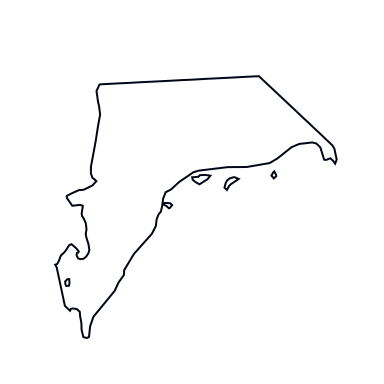 United Arab Emirates, Robinson projection, rotated 169°
{"feature_id": "ARE", "entity_name": "United Arab Emirates", "entity_type": "country or territory", "adm_level": 0, "iso_a3": "ARE", "parent_name": "Asia", "parent_adm1": "", "projection": "robinson", "projection_center": [54.388, 24.345], "detail": "fine", "context": "isolated", "style": "outline", "palette": "ink", "viewbox_px": 384, "rotation_deg": 169, "n_neighbors": 0, "source": "natural_earth", "source_scale": "50m", "svg_char_len": 2324}
<svg xmlns="http://www.w3.org/2000/svg" viewBox="0 0 384 384"><g transform="rotate(169 192 192)"><path d="M334.4,98.7L338.5,104.5L339.2,143.9L340.2,146.7L338.0,147.1L335.6,150.1L332.8,154.7L328.9,157.1L325.9,159.8L322.9,163.1L320.3,163.8L316.9,159.6L314.5,155.3L315.1,154.3L316.7,154.0L317.4,151.8L316.4,148.5L314.1,147.3L311.2,147.2L308.4,148.6L305.5,151.5L303.8,154.6L303.6,160.8L304.4,167.8L304.3,171.2L302.7,175.4L302.2,181.6L303.3,186.4L304.4,189.2L304.5,191.6L301.8,199.3L304.2,200.7L312.1,201.3L314.4,206.5L316.0,210.0L315.6,212.1L310.0,213.7L302.9,215.4L297.8,214.9L288.7,217.3L283.8,220.9L285.3,223.1L287.0,224.8L287.7,229.6L286.3,236.3L283.7,242.9L280.5,251.0L276.8,260.4L271.7,274.6L267.4,285.6L266.9,293.6L267.0,298.9L266.5,309.3L262.4,315.0L261.5,315.2L256.6,314.5L255.0,314.3L250.3,313.6L243.0,312.6L233.6,311.2L222.5,309.7L210.0,307.9L196.7,306.0L183.0,304.1L169.3,302.1L156.0,300.3L143.5,298.5L132.4,296.9L123.0,295.6L115.7,294.6L111.1,293.9L109.4,293.7L104.2,292.9L101.5,289.1L98.1,284.4L94.7,279.7L91.3,275.0L87.9,270.3L84.6,265.7L81.2,261.0L77.8,256.3L74.4,251.6L71.1,246.9L67.7,242.2L64.3,237.6L61.0,232.9L57.6,228.2L54.2,223.5L50.9,218.8L47.5,214.1L45.3,211.0L44.0,207.5L43.8,198.2L43.8,196.2L46.1,192.5L47.2,195.1L49.7,198.7L54.1,197.9L56.1,198.5L57.5,211.3L60.7,215.9L64.5,217.7L77.6,218.7L85.7,217.0L101.8,208.6L110.2,205.6L133.5,206.1L152.2,209.6L181.2,211.7L186.9,211.1L202.5,204.4L212.1,198.5L217.9,196.8L221.6,191.0L224.1,183.6L226.3,178.7L229.1,176.4L231.8,172.2L234.0,165.5L239.3,158.7L260.9,142.2L273.5,128.2L274.6,123.7L281.5,117.0L286.9,109.6L312.5,88.4L317.6,79.7L320.6,69.9L321.0,69.2L323.2,68.8L326.3,70.3L326.7,77.6L325.6,84.5L325.5,91.8L325.0,95.8L327.4,99.1L331.5,100.5L333.3,100.3L334.4,98.7ZM333.6,128.3L333.9,125.3L333.3,123.7L330.6,123.5L329.6,126.1L329.2,129.9L331.0,130.2L333.6,128.3ZM189.0,204.0L189.0,206.4L182.7,205.7L181.1,207.0L175.9,206.3L170.9,204.5L174.3,201.6L183.2,198.1L186.9,201.3L189.0,204.0ZM152.3,198.2L147.8,198.6L143.7,195.9L152.4,192.2L154.7,190.6L157.3,187.3L159.3,190.1L157.1,194.6L155.4,196.6L152.3,198.2ZM222.1,185.0L221.5,186.4L219.8,186.3L215.4,185.0L214.0,183.0L216.7,180.6L217.9,180.5L219.7,183.0L222.1,185.0ZM108.3,196.0L107.3,196.5L106.2,192.7L106.3,191.5L109.1,189.7L110.9,192.9L108.3,196.0Z" fill="none" stroke="#020617" stroke-width="2"/></g></svg>